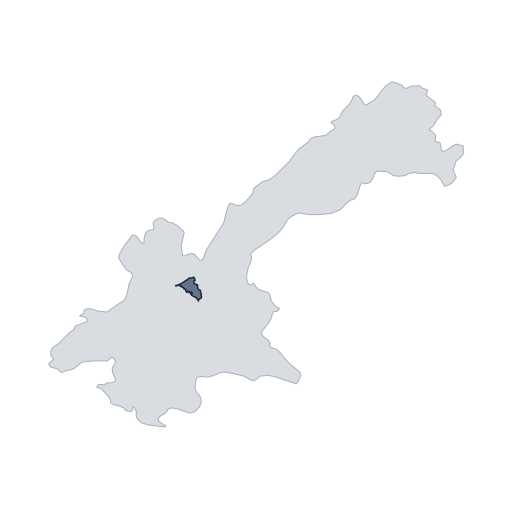 Pek, Xiangkhoang, Laos shown in context, rotated 266°
{"feature_id": "54806243B64426060368946", "entity_name": "Pek", "entity_type": "district", "adm_level": 2, "iso_a3": "LAO", "parent_name": "Laos", "parent_adm1": "Xiangkhoang", "projection": "robinson", "projection_center": [103.256, 19.601], "detail": "fine", "context": "in_parent", "style": "filled", "palette": "slate", "viewbox_px": 512, "rotation_deg": 266, "n_neighbors": 0, "source": "geoboundaries", "source_scale": "gbopen_adm2", "svg_char_len": 7136}
<svg xmlns="http://www.w3.org/2000/svg" viewBox="0 0 512 512"><g transform="rotate(266 256 256)"><path d="M179.3,47.5L181.7,52.2L192.9,65.1L194.8,68.5L198.9,71.2L202.3,82.6L203.8,83.3L205.6,82.5L207.0,80.9L208.2,76.5L209.0,76.0L210.2,79.7L213.4,80.8L214.8,82.3L215.2,85.1L214.7,87.9L212.1,94.4L210.5,103.1L221.4,121.8L226.0,124.4L237.0,127.4L244.4,131.6L247.9,130.6L251.2,125.9L255.1,123.3L262.5,119.4L264.6,119.1L268.7,120.7L275.4,125.4L285.5,134.1L285.2,136.4L283.3,138.7L277.9,142.1L276.2,144.3L277.3,145.2L281.8,145.7L287.1,147.7L288.7,150.0L289.6,155.2L290.6,156.1L295.5,155.6L297.0,156.3L298.8,158.0L300.6,162.3L300.5,165.5L295.7,171.2L295.1,174.6L292.5,178.7L285.8,185.5L284.0,185.9L271.6,182.1L261.7,182.7L260.9,184.1L262.5,188.2L263.0,192.3L261.5,195.4L255.8,199.4L255.6,201.2L256.8,203.0L265.0,206.6L291.5,226.2L303.5,230.0L308.8,232.5L310.2,233.9L310.1,235.6L308.8,237.8L307.6,241.6L307.6,243.9L308.8,246.1L311.0,249.5L318.4,256.9L323.8,258.7L329.5,267.2L331.2,274.7L334.0,279.5L347.8,295.6L359.3,305.6L366.2,316.3L369.5,318.7L370.6,322.6L371.5,333.9L375.5,339.5L376.3,341.8L378.1,343.5L380.0,343.8L384.0,340.1L384.8,340.6L386.7,346.6L388.3,348.8L394.4,352.4L400.9,359.6L404.4,362.2L408.7,364.3L409.4,366.5L408.6,368.8L407.2,370.3L399.7,374.5L398.8,376.3L403.8,385.5L416.3,396.8L420.2,403.6L419.4,406.9L416.0,413.6L413.4,415.3L412.7,417.4L414.7,422.8L414.5,431.2L412.1,433.2L409.9,438.3L408.4,438.6L404.6,436.8L396.6,445.6L393.1,445.1L389.1,450.0L384.0,450.7L380.4,447.0L372.7,441.2L370.0,437.5L367.6,440.7L363.6,443.7L357.9,442.6L356.4,447.0L355.3,447.8L348.4,448.5L347.1,449.3L348.3,453.3L352.3,460.1L353.6,464.0L351.1,470.3L343.9,470.2L340.7,467.6L336.7,462.2L327.6,458.6L321.5,461.1L319.7,460.9L315.1,456.4L313.4,453.4L312.3,449.1L319.3,445.6L322.8,442.8L325.1,439.9L326.1,436.9L327.1,424.2L328.2,419.8L327.6,414.3L325.7,410.0L325.7,403.6L326.6,398.4L329.3,395.7L331.1,392.0L332.2,383.6L331.3,381.4L328.7,379.3L324.3,377.4L321.6,374.9L320.5,371.9L320.5,369.3L321.9,367.0L318.6,364.5L310.6,361.7L306.2,358.4L305.2,354.5L301.9,349.4L296.2,343.1L293.2,334.0L292.9,322.2L293.5,312.6L296.0,301.4L292.6,293.3L289.0,289.1L283.9,285.9L279.0,281.5L274.4,275.6L268.9,267.0L262.5,255.6L258.2,250.5L256.0,251.6L251.3,250.6L244.3,247.3L238.1,245.5L232.8,245.2L229.4,246.0L227.8,247.7L227.7,249.5L229.0,251.2L228.3,252.5L225.6,253.4L223.3,255.3L220.8,259.5L219.1,265.0L216.5,267.1L212.5,267.6L208.5,269.1L204.6,271.8L202.7,273.8L202.9,275.2L202.1,275.5L200.2,274.7L199.3,272.9L199.4,270.1L197.4,268.2L193.3,267.2L188.7,264.1L179.8,256.2L177.8,255.9L174.9,257.9L171.1,262.3L167.9,264.1L165.5,263.2L163.5,264.7L162.2,268.8L159.7,271.9L147.8,280.5L137.0,291.5L134.3,292.4L127.8,289.4L125.8,287.2L134.8,264.7L136.1,259.3L135.9,252.1L132.1,246.1L131.9,244.3L132.5,242.5L137.1,235.5L142.4,217.6L142.2,212.0L139.9,205.8L138.6,200.0L139.6,192.1L139.3,189.0L136.8,187.5L128.6,185.9L123.9,187.2L121.7,189.3L118.9,190.7L113.8,191.4L108.9,188.7L104.9,184.2L104.0,178.6L109.1,166.6L110.3,162.0L110.2,159.8L109.3,157.5L108.1,157.2L105.5,154.4L103.0,149.4L100.6,147.1L98.4,147.5L96.3,149.4L92.9,154.1L91.8,153.5L94.9,137.0L97.7,129.9L101.1,126.6L104.6,125.3L108.3,125.8L111.5,125.2L114.0,123.4L113.7,122.5L110.8,122.2L109.6,120.3L110.2,116.8L111.6,114.5L113.6,113.4L115.6,109.9L117.5,103.8L119.8,100.8L122.6,100.7L127.3,98.1L133.9,93.0L136.4,88.0L138.9,90.3L138.0,96.0L139.3,97.2L139.9,99.3L139.5,102.5L140.1,105.2L141.1,106.5L142.5,107.2L149.6,104.9L153.8,104.7L160.9,108.9L165.0,105.8L165.1,104.6L161.7,100.7L162.7,86.1L162.3,75.1L156.6,66.9L155.4,63.7L154.8,58.3L153.2,53.7L157.3,50.0L159.6,43.3L162.5,41.7L163.4,41.9L166.9,47.0L171.4,44.4L174.8,44.5L177.7,45.8L179.3,47.5Z" fill="#d9dde1" stroke="#a8b0b8" stroke-width="1"/><path d="M232.0,173.8L231.9,173.8L231.9,174.0L231.9,174.6L231.7,174.7L231.7,174.8L231.7,175.0L231.8,175.1L232.0,175.1L232.2,175.3L232.1,175.5L232.2,175.8L232.3,175.8L232.3,176.0L232.2,176.3L232.3,176.4L232.4,176.5L232.5,176.5L232.6,176.9L232.6,177.0L232.5,177.3L232.4,177.3L232.2,177.5L232.1,177.8L231.9,177.9L231.8,178.0L231.7,178.0L231.5,178.3L231.4,178.3L231.4,178.5L231.3,178.4L231.2,178.4L231.0,178.7L231.0,178.8L231.0,179.0L230.9,179.1L230.6,179.2L230.5,179.3L230.4,179.4L230.4,179.5L230.5,179.7L230.4,179.8L230.3,180.0L230.2,180.2L230.2,180.3L230.2,180.5L229.9,180.7L229.9,180.8L229.9,181.0L229.8,181.3L229.7,181.3L229.4,181.4L229.2,181.5L228.9,181.8L228.6,181.9L228.4,181.8L228.4,182.0L228.3,182.3L228.2,182.4L228.3,182.4L228.3,182.5L228.2,182.6L228.2,182.8L228.1,183.0L227.9,183.1L227.8,183.3L227.7,183.5L227.4,183.5L227.3,183.4L227.2,183.4L227.0,183.5L226.8,183.5L226.7,183.5L226.3,183.5L226.2,183.5L225.9,183.7L225.9,183.8L225.7,184.0L225.4,184.0L225.2,184.1L225.0,184.3L224.9,184.4L224.7,184.4L224.7,184.5L224.8,184.5L225.2,185.2L225.3,185.6L225.2,185.7L225.3,185.7L225.2,185.8L225.3,185.8L225.3,186.0L225.2,186.0L225.0,186.3L225.0,186.5L224.8,186.5L224.7,186.5L224.4,186.6L224.2,186.7L224.2,186.8L224.1,187.0L224.1,187.4L224.2,187.6L224.3,187.8L224.5,188.1L224.4,188.2L224.4,188.5L224.4,189.0L224.0,189.0L223.9,189.2L223.7,188.9L223.4,189.1L223.2,189.2L223.0,189.3L222.9,189.4L222.9,189.5L222.8,189.4L222.8,188.7L222.8,188.4L222.6,188.3L222.0,188.6L221.8,188.8L221.3,189.1L221.0,189.5L220.7,189.9L220.4,190.4L220.2,190.8L219.8,191.4L219.5,191.9L219.3,192.2L219.3,192.3L219.1,192.6L218.8,193.0L218.4,193.4L217.8,194.0L217.3,194.3L217.1,194.4L217.0,194.5L216.9,194.5L216.7,194.5L216.4,194.6L216.2,194.9L216.1,195.0L215.9,195.1L215.7,195.2L215.6,195.3L215.8,195.3L216.1,195.3L216.1,195.5L216.3,195.5L216.5,195.5L216.8,195.9L216.8,196.1L216.8,196.4L216.9,196.7L217.1,197.0L217.3,197.4L217.4,197.5L217.5,197.8L218.0,198.3L218.5,198.6L218.7,198.8L218.9,198.9L219.1,198.8L219.5,198.6L219.9,198.5L220.5,198.3L220.8,198.4L221.2,198.6L221.4,198.7L221.7,198.7L222.0,198.7L222.5,198.6L223.0,198.4L223.6,198.3L223.9,198.2L224.0,198.1L224.3,198.1L224.8,198.2L225.3,198.3L225.5,198.2L225.8,197.7L225.9,197.3L226.2,196.9L226.3,196.7L226.7,196.4L227.1,196.2L227.3,196.0L227.5,195.8L227.7,195.7L228.3,195.7L228.6,195.5L228.8,195.6L229.4,195.5L229.8,195.6L230.1,195.6L230.4,195.6L230.6,195.7L231.0,195.7L231.3,195.5L231.5,195.3L231.5,195.0L231.5,194.8L231.9,194.4L232.0,194.2L232.2,193.9L232.1,193.6L232.0,193.4L232.0,193.1L232.2,192.9L232.4,192.6L232.8,192.4L233.1,192.2L233.4,192.1L233.6,192.0L233.9,192.1L234.1,192.2L234.4,192.1L234.5,192.1L235.0,192.1L235.3,192.2L235.5,192.5L235.6,192.8L235.5,193.1L235.6,193.4L235.8,193.4L236.2,193.4L236.5,193.3L237.2,193.4L237.6,193.3L237.9,193.1L238.1,193.0L238.2,192.9L238.7,192.6L239.0,192.5L239.3,192.4L239.3,192.2L239.2,192.1L238.9,191.5L238.8,191.4L238.6,190.9L238.6,190.7L238.5,190.3L238.5,190.0L238.5,189.3L238.6,188.6L238.7,188.3L238.6,187.9L238.6,187.7L238.1,187.0L237.8,186.7L237.3,186.2L237.1,185.5L236.2,183.8L236.0,183.5L235.5,182.9L235.2,182.3L235.2,182.2L235.0,181.9L234.9,181.8L234.9,181.6L234.7,181.3L234.6,181.1L234.4,180.8L234.3,180.6L234.1,180.2L234.0,179.9L233.8,179.5L233.7,179.2L233.4,178.5L233.2,177.9L232.9,177.2L232.8,176.8L232.6,176.1L232.5,175.8L232.4,175.6L232.3,175.4L232.2,175.1L232.0,173.8Z" fill="#64748b" stroke="#1e293b" stroke-width="1.5"/></g></svg>